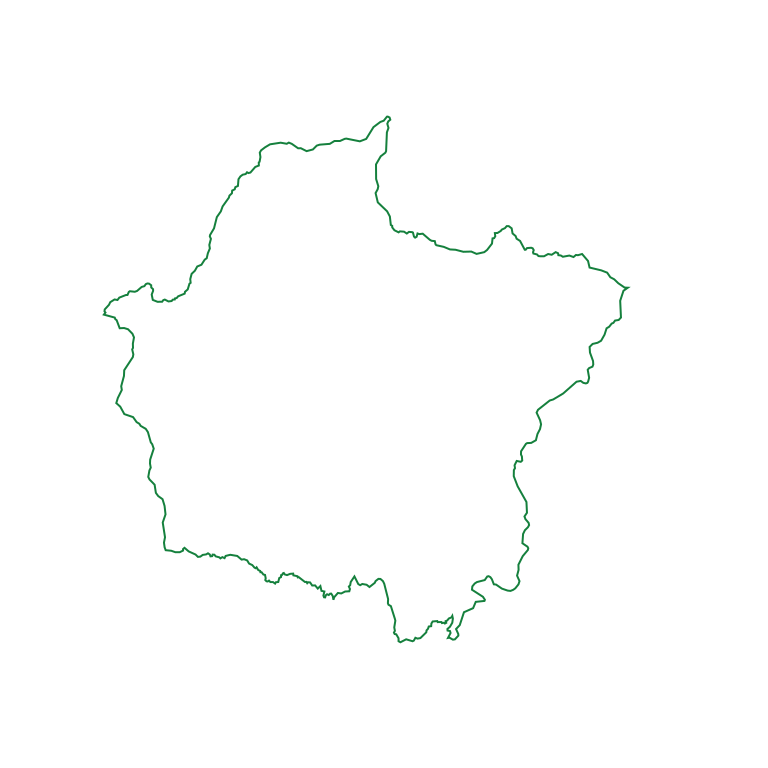 Ortega, Tolima, Colombia, rotated 340°
{"feature_id": "7082276B4553188795212", "entity_name": "Ortega", "entity_type": "district", "adm_level": 2, "iso_a3": "COL", "parent_name": "Colombia", "parent_adm1": "Tolima", "projection": "orthographic", "projection_center": [-75.305, 3.933], "detail": "fine", "context": "isolated", "style": "outline", "palette": "green", "viewbox_px": 768, "rotation_deg": 340, "n_neighbors": 0, "source": "geoboundaries", "source_scale": "gbopen_adm2", "svg_char_len": 6166}
<svg xmlns="http://www.w3.org/2000/svg" viewBox="0 0 768 768"><g transform="rotate(340 384 384)"><path d="M171.8,212.1L164.8,212.3L162.3,213.9L159.7,212.4L154.7,213.5L152.7,215.5L147.1,218.4L146.2,220.1L146.7,221.6L144.5,223.0L153.7,229.5L153.7,231.2L154.6,232.6L154.7,241.2L158.9,242.5L162.2,245.0L164.8,250.8L165.0,254.7L161.8,260.2L160.5,264.2L159.2,265.4L158.6,270.4L157.2,272.8L144.6,282.2L142.4,287.5L136.3,296.2L135.6,299.9L129.1,306.1L125.9,310.4L128.4,315.1L129.7,323.5L136.9,329.3L138.5,335.2L140.5,337.7L141.0,340.1L144.8,344.7L145.7,348.5L144.9,359.1L145.6,361.3L145.5,366.0L138.4,375.1L136.9,378.7L136.2,382.8L134.0,385.0L130.7,390.7L131.0,393.5L134.0,400.2L132.4,408.3L133.5,412.1L136.5,416.5L136.1,423.5L134.1,431.8L128.7,438.5L125.8,453.1L123.0,457.8L122.0,462.4L122.0,465.5L127.0,467.9L130.4,470.7L134.6,472.2L138.2,471.8L138.7,470.4L140.5,469.7L143.2,474.5L148.6,479.8L150.0,482.8L152.4,483.4L155.2,482.6L158.6,483.3L160.7,482.9L162.0,484.7L162.0,486.6L163.7,487.0L164.6,485.7L166.2,486.4L166.9,488.4L170.0,490.6L170.6,491.9L172.9,491.4L174.6,493.1L176.4,491.4L181.1,491.9L187.3,495.4L190.1,500.3L192.6,500.8L195.1,503.0L195.8,506.6L198.3,509.1L199.5,512.3L200.5,513.3L201.6,512.7L202.2,515.8L203.7,517.3L203.5,518.6L204.6,519.0L205.5,521.8L206.9,522.7L206.4,526.1L205.4,527.6L206.1,529.2L207.2,529.8L208.7,529.4L209.5,531.3L212.0,532.2L213.4,534.3L214.6,533.3L216.9,533.9L219.2,530.5L221.2,530.2L221.9,528.5L222.6,528.7L224.4,527.3L225.2,527.3L225.5,528.9L227.5,530.4L230.9,530.3L233.8,531.1L233.4,532.8L236.9,535.0L236.8,536.2L237.8,536.3L242.0,543.0L243.4,543.4L243.7,544.9L244.8,544.3L246.7,545.2L247.6,548.8L250.4,549.7L251.8,553.6L255.1,552.1L254.5,557.0L257.0,558.6L254.7,562.1L254.7,563.9L255.7,564.4L257.1,562.6L258.6,562.1L259.9,563.4L261.7,562.6L262.7,562.9L263.3,565.6L262.7,569.5L264.2,567.4L269.2,564.6L272.2,566.2L276.5,565.7L280.5,566.9L281.9,565.0L281.7,562.3L283.4,561.5L285.0,558.7L290.4,554.7L291.4,563.2L292.8,564.9L295.2,564.5L299.0,566.7L300.9,569.8L307.3,567.7L308.7,566.3L312.1,565.2L314.0,566.0L315.6,568.9L315.9,571.8L314.3,587.5L312.7,591.3L312.7,592.9L314.5,595.1L313.9,608.6L313.7,610.3L310.4,616.2L309.8,619.7L308.3,621.0L308.5,622.6L309.9,623.4L310.7,627.9L309.7,630.7L311.1,632.3L317.5,631.5L322.9,635.5L324.3,635.3L326.7,633.2L328.4,634.7L331.3,635.2L338.8,631.8L339.7,630.1L341.6,629.1L343.1,627.2L345.5,627.7L346.6,625.3L348.5,623.8L353.0,625.0L353.0,626.1L356.6,627.4L356.7,628.5L358.9,628.9L359.3,629.9L360.8,629.7L360.9,627.9L362.4,627.9L364.8,626.5L367.5,626.4L368.9,625.2L368.5,628.0L366.5,631.7L362.9,634.7L359.8,635.9L359.4,637.4L361.5,638.7L361.4,640.7L357.3,644.5L358.7,644.7L361.3,647.8L363.3,648.2L367.8,645.9L368.3,644.3L367.9,638.9L372.7,636.5L381.1,625.8L391.1,625.1L395.7,620.1L404.2,622.2L405.0,621.3L404.2,617.8L396.3,607.4L397.8,604.4L401.0,602.5L403.6,601.9L411.6,602.7L415.2,600.2L416.6,600.4L417.9,601.9L418.6,604.4L418.7,609.8L420.7,610.8L424.8,616.6L429.5,620.4L432.1,621.7L435.0,621.6L437.5,620.9L441.8,618.3L443.9,615.6L443.5,609.6L446.9,604.7L448.5,599.8L455.5,593.2L462.4,589.2L463.4,587.7L463.2,586.0L459.6,581.0L463.4,572.5L466.4,569.6L470.3,567.8L472.1,566.2L472.4,563.9L470.7,559.4L470.7,556.5L474.3,553.9L477.5,543.6L474.6,525.9L474.4,515.0L476.6,509.3L478.3,507.9L478.9,505.0L482.4,501.7L485.9,503.9L487.7,503.2L488.8,499.2L488.6,497.1L489.8,494.1L496.9,488.8L498.3,488.5L502.2,489.7L507.5,488.8L511.1,483.5L515.2,479.7L517.8,475.6L518.3,471.4L517.6,463.1L519.9,460.9L534.1,456.2L537.7,456.4L549.1,454.2L565.7,447.7L569.9,448.4L571.7,451.1L573.9,452.5L575.5,452.5L576.6,451.6L578.9,448.3L580.3,440.3L582.2,439.2L585.8,439.0L587.3,437.3L588.3,433.9L588.3,424.9L589.9,419.5L593.7,417.7L598.8,418.3L602.8,417.6L608.1,413.1L612.2,407.8L615.2,407.2L618.6,405.1L620.5,405.0L622.8,403.4L626.4,404.1L629.4,402.6L634.4,386.6L640.9,378.3L646.0,376.9L643.1,375.7L638.6,369.4L636.1,364.3L633.2,361.1L631.8,355.7L627.0,351.5L617.0,344.9L617.8,338.2L614.6,329.6L610.3,329.3L608.5,328.4L605.5,329.5L602.1,326.7L595.6,325.6L594.1,323.7L591.9,322.6L592.3,320.7L590.4,318.8L585.8,319.9L582.7,318.0L578.1,318.7L574.5,317.4L572.9,316.6L572.1,314.6L569.0,312.5L569.1,311.1L570.5,309.4L570.1,307.3L568.9,306.3L564.9,305.2L563.0,306.3L562.2,306.0L560.8,296.1L558.3,292.8L558.3,290.0L556.3,286.5L557.2,281.4L555.2,278.3L553.3,277.6L551.0,278.9L547.5,279.2L546.1,280.1L542.3,280.9L539.8,280.1L539.1,283.2L537.4,284.6L535.8,284.3L533.5,289.0L526.7,293.3L523.3,294.4L515.5,293.4L511.3,289.4L503.8,286.9L497.1,282.3L492.0,280.1L487.1,275.6L480.7,271.5L480.2,270.5L480.6,267.1L477.7,265.7L476.4,264.2L471.8,256.0L468.4,255.2L467.0,254.0L465.0,256.8L463.3,257.1L462.6,255.7L463.0,251.6L462.5,251.0L459.5,249.6L456.9,250.4L454.9,247.7L451.1,246.0L449.6,246.5L446.4,243.1L445.3,239.7L445.8,238.2L444.8,236.9L446.8,228.6L446.0,222.8L440.3,211.2L441.4,201.7L444.7,198.8L446.3,196.2L446.7,188.7L451.6,174.9L458.8,168.9L464.4,167.1L465.6,165.9L472.8,148.5L475.8,144.9L476.1,140.6L477.8,138.7L480.3,137.8L480.4,135.5L479.0,134.0L478.2,133.8L473.8,136.5L470.2,136.5L462.0,139.0L451.1,147.6L444.3,147.7L432.5,140.5L430.9,140.2L425.7,140.6L420.6,138.7L415.2,139.8L405.4,137.1L402.3,137.0L397.4,139.3L390.9,138.7L386.5,134.0L383.9,133.1L379.5,126.8L377.1,124.6L374.8,125.0L369.4,121.9L358.9,119.8L353.2,120.9L348.4,122.4L346.4,124.1L345.5,128.5L343.1,132.6L342.1,133.0L341.1,135.9L337.3,136.0L330.8,139.6L328.7,139.4L327.7,138.2L325.8,139.4L322.8,139.0L320.1,139.8L317.3,141.8L314.5,147.9L311.6,148.2L310.3,150.0L307.5,150.3L306.3,152.8L303.2,154.1L302.0,155.8L293.1,161.9L289.7,166.0L284.0,170.0L277.5,179.6L271.5,184.5L270.8,185.7L271.0,188.4L267.4,193.6L266.7,197.1L263.2,200.9L260.4,205.2L258.1,205.8L253.2,209.5L248.7,209.7L245.0,212.9L240.9,214.7L237.8,219.2L236.9,222.8L235.5,223.2L231.9,228.0L228.5,229.3L227.6,230.9L220.5,231.2L218.6,232.3L216.8,232.1L216.3,233.0L214.3,232.5L212.8,233.4L209.7,232.7L206.9,229.7L205.3,229.7L203.7,230.8L199.3,229.3L195.5,225.9L196.3,220.5L198.9,217.5L199.4,215.9L198.3,213.7L199.0,211.6L197.5,209.3L196.0,208.6L194.3,208.7L192.3,210.1L189.5,209.9L183.8,212.1L181.4,212.1L176.9,209.9L175.7,210.2L173.4,212.6L171.8,212.1Z" fill="none" stroke="#15803d" stroke-width="2"/></g></svg>